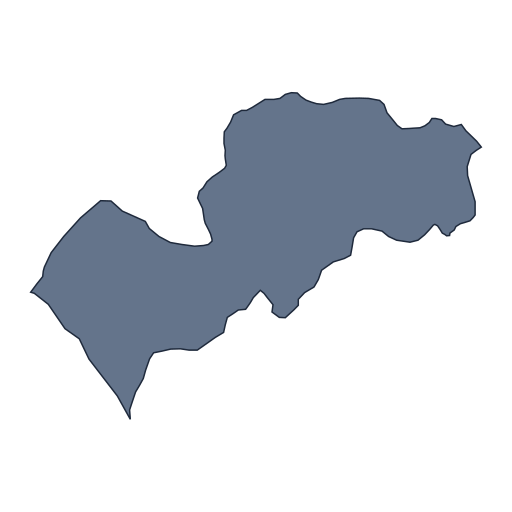 Boganda, Lobaye, Central African Republic (Mercator projection)
{"feature_id": "33826404B33100016317003", "entity_name": "Boganda", "entity_type": "district", "adm_level": 2, "iso_a3": "CAF", "parent_name": "Central African Republic", "parent_adm1": "Lobaye", "projection": "mercator", "projection_center": [17.223, 4.309], "detail": "fine", "context": "isolated", "style": "filled", "palette": "slate", "viewbox_px": 512, "rotation_deg": 0, "n_neighbors": 0, "source": "geoboundaries", "source_scale": "gbopen_adm2", "svg_char_len": 2111}
<svg xmlns="http://www.w3.org/2000/svg" viewBox="0 0 512 512"><path d="M481.3,147.1L476.6,141.2L465.9,130.8L461.3,124.5L453.9,126.5L445.6,124.1L441.6,119.8L435.6,118.5L431.9,118.5L429.3,122.5L424.9,125.8L420.0,127.8L413.3,128.2L409.0,128.5L402.0,128.8L397.3,125.5L393.3,120.5L387.0,112.8L384.0,104.4L379.6,100.4L368.6,98.4L359.3,98.1L345.3,98.4L339.6,99.4L332.3,102.4L323.6,104.4L316.6,103.7L311.3,102.1L306.0,100.1L300.6,96.4L297.3,93.0L291.3,92.7L285.3,94.4L280.0,98.4L274.0,99.4L270.0,99.4L265.0,99.4L252.3,107.4L246.6,110.4L241.6,110.4L233.6,114.8L230.6,122.1L227.0,128.2L224.3,131.8L224.0,138.2L224.0,143.5L225.3,150.2L225.0,155.6L225.3,158.9L226.3,165.3L224.6,168.3L219.3,172.3L212.3,177.0L207.0,181.7L203.0,188.0L199.3,191.3L197.6,198.0L200.3,203.7L202.6,208.4L204.3,219.8L205.3,223.4L206.3,225.3L208.6,229.8L210.6,234.1L212.0,239.2L212.0,241.2L208.3,244.5L203.6,245.5L194.6,246.2L182.0,244.5L170.3,242.5L159.0,236.5L149.3,228.5L145.3,221.4L122.3,211.1L111.0,201.0L100.6,200.7L80.6,217.8L63.8,236.4L51.2,252.6L44.4,267.0L43.3,271.0L42.7,276.6L36.7,284.1L30.7,292.2L34.3,293.3L48.3,304.3L65.0,328.7L79.3,338.8L89.0,359.1L117.3,395.9L130.3,419.3L129.6,409.9L132.0,402.6L135.6,391.9L139.6,385.2L143.3,378.5L145.6,370.2L149.6,358.8L153.6,352.8L162.0,351.1L170.6,349.1L180.3,348.8L189.0,350.1L197.3,350.1L215.3,337.4L223.6,332.4L225.3,324.7L227.3,317.4L234.0,313.0L238.3,310.0L245.6,309.3L247.3,307.0L250.3,302.7L253.3,297.6L260.3,290.3L264.0,293.3L267.3,297.6L273.0,304.7L272.0,312.0L279.3,317.4L285.3,317.7L294.0,309.7L298.3,305.3L298.3,299.3L304.6,292.6L314.0,287.0L318.3,279.6L321.6,270.2L333.3,261.9L344.3,258.5L350.6,255.2L352.0,247.5L353.6,237.8L357.0,231.8L363.6,228.8L371.6,228.8L382.0,231.1L388.6,236.5L396.6,240.2L410.0,242.2L418.0,240.2L424.6,234.8L429.6,229.5L433.3,225.1L434.9,224.4L437.6,225.8L440.3,229.8L442.3,233.1L444.9,234.5L446.6,235.8L449.6,235.5L449.9,233.1L454.2,230.0L455.9,226.5L460.4,223.7L464.6,222.5L470.0,220.8L473.2,217.5L475.1,215.0L475.1,209.2L475.1,201.7L467.6,175.6L467.2,166.6L471.0,154.4L476.2,150.4L481.3,147.1Z" fill="#64748b" stroke="#1e293b" stroke-width="1.5"/></svg>